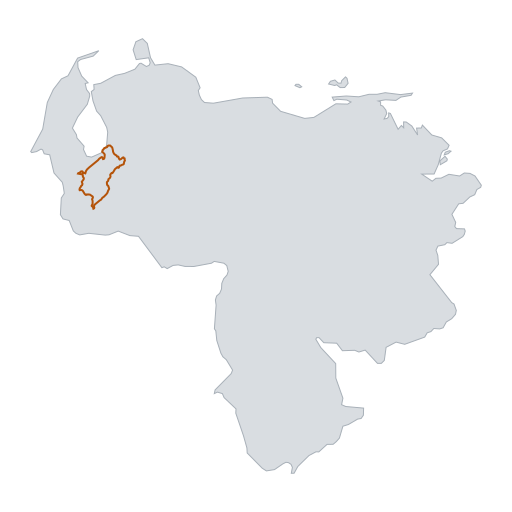 location of Mérida within Venezuela
{"feature_id": "VEN-27", "entity_name": "Mérida", "entity_type": "State", "adm_level": 1, "iso_a3": "VEN", "parent_name": "Venezuela", "parent_adm1": "", "projection": "robinson", "projection_center": [-71.244, 8.52], "detail": "fine", "context": "in_parent", "style": "outline", "palette": "amber", "viewbox_px": 512, "rotation_deg": 0, "n_neighbors": 0, "source": "natural_earth", "source_scale": "10m", "svg_char_len": 7045}
<svg xmlns="http://www.w3.org/2000/svg" viewBox="0 0 512 512"><path d="M475.0,176.0L481.3,185.2L480.7,187.3L476.9,189.5L474.7,194.7L469.8,197.0L463.1,203.3L458.7,203.8L451.9,214.3L455.7,222.4L454.8,226.6L456.5,228.6L464.5,228.9L465.2,231.1L464.3,234.4L462.8,236.6L452.1,243.3L446.9,242.6L444.8,244.7L437.9,246.1L436.0,250.1L437.8,255.5L438.5,264.3L429.9,274.7L451.7,302.6L454.0,304.0L456.3,310.4L455.5,314.3L451.7,318.7L446.3,322.0L443.1,327.8L439.7,328.9L433.8,328.5L430.9,331.6L427.2,332.8L424.7,337.1L404.7,344.3L396.1,342.1L386.1,347.3L384.3,360.4L381.3,363.4L377.5,363.4L365.2,350.1L358.9,352.0L354.7,350.3L342.4,350.7L336.7,343.2L323.8,342.7L319.0,337.6L316.7,337.6L315.8,339.2L320.8,347.6L335.7,363.6L335.8,378.1L342.9,398.2L341.6,404.7L345.7,406.5L363.6,408.1L363.4,415.2L361.1,418.5L357.6,419.1L348.4,424.5L342.9,426.2L339.4,438.1L336.4,441.5L333.1,444.3L327.0,444.4L318.8,451.9L316.0,451.8L309.0,455.5L297.8,466.5L294.1,473.2L291.3,473.3L292.4,467.4L291.0,464.3L288.4,462.6L285.9,462.3L282.8,463.9L274.5,469.6L266.4,470.9L262.2,468.2L247.2,453.0L246.9,447.9L243.5,435.8L235.8,413.2L236.0,408.9L224.1,397.6L222.4,393.6L217.4,392.1L214.3,393.6L215.1,389.9L231.2,373.6L232.6,370.1L226.3,359.7L222.9,356.8L220.9,353.2L216.8,340.5L215.8,330.8L214.4,328.8L216.1,305.2L215.4,300.0L216.6,296.0L219.7,293.3L221.5,289.1L221.8,283.4L223.7,278.7L227.0,275.0L228.2,271.4L226.8,265.6L223.9,263.2L214.2,261.4L211.5,263.2L193.8,266.5L184.9,266.4L178.2,264.9L173.1,265.4L167.2,268.6L164.2,266.8L161.9,267.7L138.5,236.3L129.9,235.6L118.2,231.1L109.0,234.8L105.2,235.1L88.8,233.3L79.7,234.9L75.9,233.3L73.3,230.9L69.2,220.5L63.0,218.9L60.4,214.7L61.3,198.0L64.3,193.4L63.2,185.9L62.3,182.3L54.0,173.0L49.7,154.8L44.2,153.8L42.6,149.8L41.0,149.1L36.5,151.6L31.7,152.6L30.7,151.6L42.7,129.1L47.3,102.5L53.3,89.5L61.4,78.9L68.0,75.8L77.6,58.1L98.8,50.7L93.2,56.1L80.6,59.5L77.7,61.7L78.0,67.6L81.7,76.1L88.1,82.8L85.2,83.5L86.5,89.5L89.6,93.6L89.7,96.2L87.3,104.3L77.7,117.0L72.4,128.1L76.4,134.6L77.0,138.0L84.1,146.2L83.5,149.5L86.6,156.2L91.6,157.1L101.4,152.8L106.6,145.7L107.7,132.2L106.7,127.4L100.7,115.7L96.6,111.1L93.0,100.9L91.3,91.6L94.1,89.5L93.8,84.6L100.7,83.3L115.4,75.4L124.5,73.4L134.9,69.2L139.4,63.6L141.0,63.2L146.4,66.5L149.1,65.3L150.2,62.8L148.7,57.8L136.2,59.6L133.1,49.8L135.9,41.7L142.5,38.7L147.3,43.4L150.5,57.7L154.9,65.1L168.1,63.7L181.6,66.9L195.8,77.2L200.1,87.8L198.3,90.5L199.3,95.0L201.4,99.6L204.5,102.5L213.4,103.2L242.7,98.0L267.4,97.2L272.1,99.4L272.6,103.2L280.6,111.3L304.7,118.4L313.9,117.4L335.9,103.8L347.7,104.1L351.0,102.0L346.7,100.0L336.8,99.2L333.9,100.6L332.2,97.1L346.3,96.0L358.8,96.8L369.0,94.3L377.1,94.3L385.2,92.7L400.5,94.6L412.5,93.1L411.1,95.3L400.8,97.1L395.9,100.4L385.5,99.8L378.2,101.0L380.6,101.9L380.6,105.3L382.7,106.0L385.9,110.1L386.7,113.6L384.1,119.0L387.1,118.4L388.7,116.7L388.7,112.9L390.4,113.5L398.1,129.3L401.4,125.5L403.7,127.8L403.6,121.9L406.2,122.0L411.8,126.0L417.6,135.0L416.6,128.1L421.3,128.0L422.4,125.1L431.8,135.0L441.7,137.9L449.1,145.3L447.5,148.9L443.1,150.8L441.4,153.1L438.2,164.8L434.1,174.0L421.7,174.1L432.2,181.2L435.9,178.3L441.1,178.1L448.9,174.3L459.6,176.0L464.3,173.0L470.0,173.4L475.0,176.0ZM347.0,78.3L348.1,83.3L344.7,87.5L340.2,87.6L336.6,84.8L334.7,85.5L328.6,84.0L330.4,81.3L334.9,80.0L338.2,83.1L341.0,83.2L341.7,80.7L345.5,76.9L347.0,78.3ZM446.9,160.8L440.3,164.7L439.9,160.9L445.0,156.3L447.3,159.1L446.9,160.8ZM301.7,86.8L299.9,87.7L295.0,85.6L296.0,84.3L298.7,84.3L301.7,86.8ZM448.1,153.7L444.2,154.9L445.3,152.2L449.4,150.7L451.0,151.2L448.1,153.7Z" fill="#d9dde1" stroke="#a8b0b8" stroke-width="1"/><path d="M102.2,151.8L102.6,150.1L103.2,149.6L104.1,148.4L104.4,148.0L104.7,147.9L105.6,147.8L105.8,147.6L106.0,147.5L106.3,147.3L106.6,147.2L107.0,147.1L107.4,146.6L107.5,146.1L107.9,145.9L108.3,145.6L109.0,145.5L109.5,145.5L110.0,145.6L110.3,145.6L110.7,146.0L111.3,146.7L111.9,147.1L112.2,147.5L112.4,148.2L112.9,150.3L113.0,151.1L113.1,151.7L113.3,152.3L114.0,153.7L114.3,154.0L115.4,154.9L115.8,155.1L116.1,155.2L116.5,155.5L116.9,156.4L117.2,156.6L117.3,156.6L117.9,156.5L118.4,156.9L118.6,157.2L118.7,157.9L119.0,158.6L119.2,159.0L119.4,159.2L119.6,159.5L119.9,159.5L120.2,159.4L121.3,158.9L122.4,157.8L122.6,157.7L122.9,157.6L123.2,157.4L123.4,157.4L123.6,157.5L123.9,158.3L124.2,158.4L124.4,158.5L124.6,158.5L124.7,159.0L124.7,159.4L124.7,160.0L124.9,160.6L124.2,161.7L124.1,162.3L123.8,163.8L123.7,164.1L123.5,164.3L122.9,164.6L122.3,164.7L121.7,165.0L121.1,165.4L120.8,165.5L120.6,165.6L120.4,165.5L120.2,165.5L119.9,165.6L119.7,165.7L119.6,165.9L119.4,166.2L119.2,166.8L119.0,167.4L118.8,167.6L118.7,167.7L118.5,167.8L118.3,167.8L118.2,167.8L118.1,167.7L117.9,167.3L117.8,167.2L117.7,167.1L117.2,167.2L116.0,168.3L115.2,168.9L114.9,169.3L114.5,169.8L114.4,170.2L113.0,172.4L112.4,173.1L112.1,173.1L111.9,172.9L111.6,173.0L110.9,173.8L110.7,174.0L110.5,174.3L110.3,174.6L110.3,174.8L110.2,175.1L110.3,175.3L110.4,175.7L110.5,176.1L110.5,176.4L110.4,176.8L110.1,177.6L109.9,177.9L109.7,178.1L108.9,178.8L108.5,179.1L108.4,179.4L108.3,179.7L108.3,180.2L108.2,180.7L108.1,180.9L107.9,181.1L107.1,181.9L106.9,182.2L106.9,182.5L106.9,183.5L107.0,183.9L107.0,184.3L107.3,185.1L107.4,185.3L107.5,185.4L107.6,185.5L108.0,185.6L108.2,185.9L108.4,186.2L108.5,186.5L108.7,187.4L108.8,187.6L109.0,188.1L109.1,188.4L109.1,188.9L108.9,189.3L108.7,189.7L108.5,190.0L107.9,191.2L107.5,192.6L106.4,194.2L103.8,196.8L102.6,197.6L102.2,198.0L101.4,199.2L101.0,199.7L100.7,199.9L99.8,200.4L95.2,204.2L94.1,205.4L94.0,206.4L94.3,207.5L94.2,208.0L94.1,208.3L93.8,208.5L93.4,208.7L93.1,207.6L92.9,207.1L92.8,206.9L92.7,206.8L92.6,206.7L92.0,206.3L91.9,206.2L91.7,205.9L91.7,205.6L92.3,204.4L92.6,203.6L92.6,203.2L92.6,201.1L92.4,200.0L92.1,199.6L92.1,199.4L92.2,198.8L92.8,197.9L92.9,197.3L92.9,197.1L92.6,196.5L89.9,194.6L89.0,194.5L88.7,194.5L88.3,194.4L88.0,194.5L87.7,194.6L87.2,194.4L86.8,194.4L86.6,194.5L86.4,194.6L86.2,194.9L85.8,194.9L85.5,194.7L84.7,193.9L84.4,193.5L82.9,191.0L82.8,190.8L82.1,190.3L81.8,190.1L81.1,190.0L79.7,190.2L79.5,189.8L79.5,189.7L79.6,189.0L79.8,188.2L80.8,186.8L81.2,185.9L81.4,185.7L81.9,185.4L82.1,185.2L82.5,183.9L81.8,181.8L83.6,179.4L83.7,179.0L83.8,178.5L83.7,177.8L83.6,177.7L83.0,176.8L82.9,176.7L82.8,175.3L82.7,175.1L82.7,174.9L82.5,174.7L82.3,174.5L82.1,174.4L78.0,173.6L78.2,173.2L78.7,173.0L79.1,172.9L79.5,172.8L79.8,172.6L80.1,172.3L80.5,171.9L80.6,171.7L80.9,171.5L81.2,171.4L81.7,171.3L82.0,171.3L82.4,171.4L82.5,171.5L82.7,171.8L82.8,172.0L82.8,172.5L82.7,172.6L82.6,173.0L82.6,173.3L83.0,173.2L83.6,173.0L83.9,172.9L84.2,172.9L84.4,172.9L84.6,173.0L85.0,173.3L85.3,173.4L85.4,173.2L85.9,171.3L86.0,171.1L86.4,170.4L87.0,169.5L89.1,167.5L98.0,160.2L98.9,159.1L99.6,158.4L100.1,158.1L100.7,157.7L101.4,157.2L101.9,157.1L102.2,157.4L102.5,157.7L102.8,158.2L102.8,158.6L103.0,159.1L103.7,159.0L104.2,158.5L104.5,157.6L104.6,156.6L104.6,156.1L104.7,155.5L104.7,154.6L104.5,154.1L104.1,153.6L103.4,152.9L103.1,152.6L102.6,152.1L102.2,151.8L102.2,151.8Z" fill="none" stroke="#b45309" stroke-width="2"/></svg>